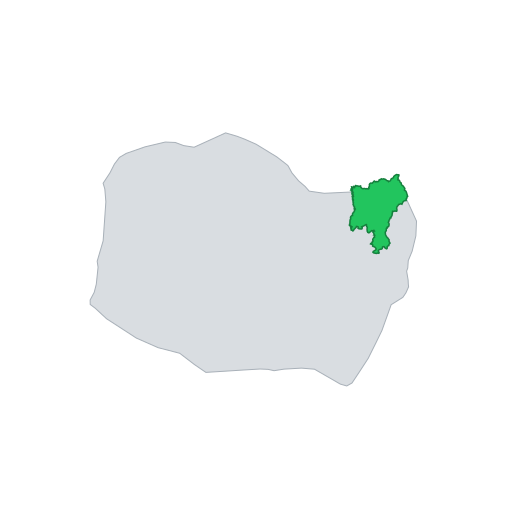 Tosing, Quthing, Lesotho (highlighted), rotated 235°
{"feature_id": "5366337B57402845150405", "entity_name": "Tosing", "entity_type": "district", "adm_level": 2, "iso_a3": "LSO", "parent_name": "Lesotho", "parent_adm1": "Quthing", "projection": "albers", "projection_center": [28.037, -30.451], "detail": "fine", "context": "in_parent", "style": "filled", "palette": "green", "viewbox_px": 512, "rotation_deg": 235, "n_neighbors": 0, "source": "geoboundaries", "source_scale": "gbopen_adm2", "svg_char_len": 7019}
<svg xmlns="http://www.w3.org/2000/svg" viewBox="0 0 512 512"><g transform="rotate(235 256 256)"><path d="M325.2,329.9L313.0,333.7L311.3,334.0L303.5,333.1L293.1,334.0L284.9,336.1L278.6,336.8L268.2,347.9L249.4,377.7L244.4,384.0L243.0,395.7L238.6,405.0L233.3,412.3L228.1,414.0L212.5,411.2L192.5,407.5L180.8,398.5L170.4,386.7L164.9,378.1L159.1,373.4L157.2,370.7L149.0,366.8L145.9,364.8L143.2,363.3L139.8,357.6L137.9,352.6L138.6,338.8L132.7,330.5L122.8,316.5L116.4,305.0L107.8,289.2L102.4,275.8L96.9,261.8L97.5,255.8L102.7,251.6L117.9,244.5L129.7,239.0L138.1,228.9L147.3,214.0L151.7,205.0L156.2,200.9L161.1,194.5L169.7,180.5L179.2,164.9L189.4,148.2L202.4,143.3L220.1,137.7L237.1,123.2L257.4,110.9L290.3,97.6L305.6,94.3L311.4,92.4L315.1,94.9L319.0,102.6L324.5,109.0L337.4,120.2L342.8,122.9L356.1,139.5L370.2,150.9L386.5,164.1L397.6,170.6L403.3,172.5L407.9,184.1L412.5,192.7L415.1,200.7L414.5,208.5L409.1,227.6L401.4,247.0L395.3,255.0L387.9,260.1L380.6,267.7L377.7,283.3L374.3,301.7L364.9,309.2L357.6,314.1L347.5,320.2L325.2,329.9Z" fill="#d9dde1" stroke="#a8b0b8" stroke-width="1"/><path d="M217.8,414.4L218.7,414.7L220.3,415.2L221.4,415.6L223.1,416.0L224.0,415.7L224.6,415.3L224.9,415.4L225.4,416.1L226.0,416.7L226.4,416.7L226.9,416.6L227.5,416.7L229.0,416.7L230.0,416.2L230.6,416.2L231.3,416.2L232.3,416.7L232.9,416.8L233.4,416.5L234.1,416.4L235.2,416.8L236.1,416.7L236.8,416.0L237.1,415.9L237.9,416.9L238.4,417.0L239.1,417.6L239.3,418.4L239.7,418.6L240.2,419.5L240.5,419.6L240.9,419.2L241.5,418.3L242.0,418.1L242.2,417.4L242.3,416.1L242.2,414.7L242.1,414.4L241.5,413.7L241.3,413.2L241.5,412.5L241.4,411.8L241.7,411.3L241.6,410.9L240.9,409.9L240.8,409.4L240.6,408.9L240.6,408.6L240.9,407.7L240.9,407.2L241.9,407.3L242.3,406.7L243.2,406.2L243.9,406.2L244.5,406.0L244.8,405.8L245.1,405.3L245.8,405.1L246.1,404.7L246.2,404.1L246.5,403.6L247.2,403.2L247.1,402.5L247.2,402.2L247.5,402.0L247.5,401.5L247.3,401.1L247.7,400.6L247.1,399.8L246.9,398.8L246.9,398.4L247.7,397.8L247.7,397.3L248.1,397.0L248.1,396.5L248.3,396.3L248.6,396.1L249.2,396.1L249.5,396.0L249.5,395.7L249.6,395.2L249.3,394.7L249.1,393.6L248.9,393.2L249.2,392.6L249.9,392.0L250.0,391.0L249.8,390.3L249.5,389.8L248.0,388.9L247.7,387.8L246.5,387.2L246.6,386.2L247.6,385.6L247.9,384.5L248.9,383.8L249.4,383.2L249.6,382.4L250.2,381.8L250.9,381.5L251.3,381.5L251.8,381.4L252.2,381.2L253.3,381.9L253.6,381.7L253.7,380.8L253.9,380.4L254.1,380.1L254.4,380.1L254.6,379.8L255.2,379.4L255.2,379.2L255.7,378.6L256.3,378.3L256.2,378.0L256.6,377.8L256.5,377.4L256.0,376.9L256.0,376.4L255.6,376.0L256.2,375.7L256.7,376.0L257.0,375.8L256.8,375.6L256.6,375.6L256.6,375.3L256.2,375.2L256.5,374.9L256.3,374.7L256.1,374.3L256.2,374.1L256.4,374.1L256.5,374.4L257.1,374.4L257.3,374.1L257.7,374.1L257.8,374.0L257.1,373.7L256.9,374.1L256.7,374.2L256.5,373.8L256.5,373.3L256.2,373.1L256.5,372.9L256.3,372.1L256.2,372.1L256.2,372.5L255.5,372.1L255.5,373.0L255.3,373.1L255.0,373.1L254.9,372.9L254.7,372.1L254.1,372.3L253.8,372.3L253.8,371.9L254.1,371.6L252.8,371.9L252.7,371.6L252.7,371.2L252.1,371.5L252.2,370.9L252.3,370.8L252.7,371.0L252.3,370.5L251.9,370.5L251.4,370.2L251.3,370.5L250.9,370.7L250.6,370.5L250.3,370.6L250.3,370.4L250.6,370.3L250.7,370.2L249.9,370.2L249.8,369.8L249.8,369.5L249.6,369.5L249.4,369.9L249.2,369.9L249.4,369.5L249.4,368.9L249.2,368.9L249.1,369.1L248.7,369.2L248.7,368.9L248.9,368.7L248.5,368.6L247.8,368.4L247.5,367.8L246.9,368.2L246.6,368.2L246.4,367.8L246.5,367.7L246.4,367.4L246.0,367.4L245.9,367.5L246.0,367.7L245.9,367.8L245.4,367.4L245.2,367.1L245.3,366.9L244.8,366.7L244.6,366.4L244.4,366.3L244.1,366.3L243.8,366.4L243.7,366.4L243.2,365.8L243.1,365.6L242.7,365.5L242.4,365.0L241.7,365.1L241.2,364.7L241.0,364.8L240.0,364.7L239.8,364.8L239.6,364.5L239.2,364.5L239.0,364.2L238.6,364.1L238.6,363.7L238.3,363.5L237.9,363.8L238.0,364.0L237.8,364.4L237.4,364.3L237.2,363.8L237.5,363.5L237.4,363.2L237.1,362.9L236.7,362.8L236.2,362.2L236.0,361.6L235.8,361.2L235.9,360.7L235.7,360.4L235.5,360.2L235.5,359.8L235.1,359.1L233.8,358.3L234.1,357.9L234.1,357.4L234.0,356.6L233.8,356.0L233.6,355.8L233.1,355.6L233.1,355.3L232.7,355.1L232.0,354.9L231.7,353.9L231.5,353.7L231.0,353.4L230.8,353.0L230.4,352.9L229.8,352.2L229.2,352.1L228.9,351.8L228.4,350.8L228.1,350.7L227.6,350.1L227.2,350.1L226.8,351.0L226.1,350.9L225.8,350.3L225.6,350.2L225.4,350.4L225.0,350.1L225.0,350.6L224.8,350.8L225.1,351.2L224.9,351.4L224.6,351.1L224.6,350.6L224.0,350.1L224.0,349.8L223.8,349.5L223.4,349.4L222.9,348.8L222.5,348.9L221.6,349.8L221.0,349.7L220.9,350.1L221.0,350.6L221.3,350.9L221.6,351.6L221.6,352.1L221.8,352.9L221.9,354.0L222.1,354.3L222.2,354.9L222.6,355.3L222.2,355.8L221.3,356.4L221.1,356.4L221.1,356.1L220.5,355.9L220.2,355.5L219.1,356.0L218.4,357.0L218.1,357.2L217.9,357.6L217.7,357.7L217.5,358.5L217.9,358.9L218.6,359.5L219.3,359.4L218.8,361.7L218.7,363.8L218.4,364.5L218.0,364.4L217.5,363.9L217.0,363.7L216.7,363.5L215.8,363.7L215.3,363.3L214.6,362.6L213.8,362.0L213.2,361.9L212.8,361.4L211.2,361.1L210.5,361.8L210.2,361.8L210.2,362.8L210.3,363.5L210.3,364.7L210.5,365.2L209.8,366.0L209.4,367.3L208.9,367.2L208.5,367.3L208.6,366.7L208.4,366.1L208.9,365.7L208.4,365.4L208.1,365.4L207.5,365.6L206.0,365.2L205.7,365.2L205.6,364.6L205.0,365.1L204.7,365.1L204.1,364.1L203.3,363.8L203.5,363.0L203.2,362.4L202.8,361.3L202.3,360.9L201.7,360.7L201.2,360.6L201.1,359.6L200.6,359.4L200.6,359.0L200.3,358.4L200.4,358.1L200.4,357.0L200.2,356.7L199.4,357.3L199.2,358.0L198.4,358.1L197.8,357.8L197.5,357.3L197.2,357.2L196.4,357.5L196.0,358.1L195.4,358.4L193.7,358.6L193.0,358.5L192.7,358.3L192.5,357.9L192.3,357.4L192.5,354.6L191.9,353.9L191.0,354.2L189.1,356.0L188.8,356.5L188.7,357.3L188.1,357.8L187.8,358.1L187.9,358.6L188.6,359.0L189.5,358.9L190.2,359.2L190.5,360.3L190.2,361.9L189.7,362.6L189.6,363.3L189.8,363.8L190.8,364.7L190.9,364.9L190.8,365.3L190.5,365.5L190.4,366.1L190.1,366.4L188.9,366.2L187.1,366.9L186.9,367.3L187.0,367.7L187.4,368.2L188.2,368.6L188.5,368.9L188.6,369.8L188.3,370.7L188.4,370.9L188.6,370.9L189.1,371.3L189.7,373.2L190.4,373.1L190.7,373.3L191.9,373.4L192.8,374.3L193.8,374.3L194.1,374.2L194.7,374.3L195.3,374.3L195.7,374.0L198.8,374.2L199.8,374.6L200.2,374.9L201.0,375.2L201.3,375.7L201.6,375.9L202.0,377.2L202.6,377.7L203.6,378.3L204.0,379.0L203.6,379.6L203.9,379.9L204.5,380.4L204.1,381.0L204.1,381.6L204.4,382.0L204.9,382.5L205.1,382.9L205.6,383.1L206.1,383.5L207.0,383.7L207.6,383.6L208.1,384.4L208.1,384.7L208.9,385.3L209.1,385.8L209.1,386.2L210.2,387.5L209.8,388.4L210.6,389.1L211.0,390.4L211.4,390.9L211.7,391.0L212.2,391.7L212.4,391.9L212.9,392.0L213.2,392.7L213.6,392.8L214.3,393.5L213.7,394.2L213.4,394.8L213.3,395.5L213.1,395.8L212.5,396.2L212.0,396.9L212.7,397.8L213.9,398.4L214.4,398.5L214.8,399.0L215.4,399.5L215.6,400.2L215.8,400.6L215.8,401.1L216.1,401.6L216.2,402.2L216.4,402.5L215.9,403.4L215.9,404.2L215.7,404.7L214.7,405.2L215.6,406.7L216.1,407.7L216.1,408.0L216.2,409.3L215.4,410.6L215.3,410.8L216.6,411.7L216.8,412.6L217.3,413.1L217.5,413.4L217.8,413.6L217.8,414.4Z" fill="#22c55e" stroke="#15803d" stroke-width="1.5"/></g></svg>